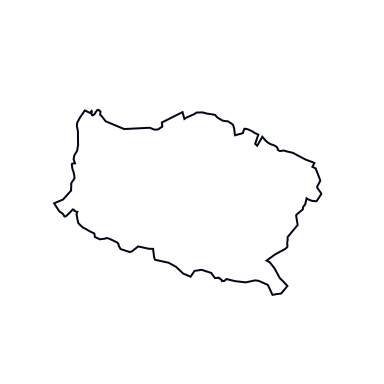 outline of Biriniwa, Jigawa, Nigeria, rotated 42°
{"feature_id": "59680162B74336355497846", "entity_name": "Biriniwa", "entity_type": "district", "adm_level": 2, "iso_a3": "NGA", "parent_name": "Nigeria", "parent_adm1": "Jigawa", "projection": "natural_earth1", "projection_center": [10.065, 12.817], "detail": "fine", "context": "isolated", "style": "outline", "palette": "ink", "viewbox_px": 384, "rotation_deg": 42, "n_neighbors": 0, "source": "geoboundaries", "source_scale": "gbopen_adm2", "svg_char_len": 3554}
<svg xmlns="http://www.w3.org/2000/svg" viewBox="0 0 384 384"><g transform="rotate(42 192 192)"><path d="M57.8,203.1L58.9,211.4L60.3,217.3L62.4,220.1L66.5,223.1L71.7,228.8L76.0,233.4L79.1,238.4L80.0,243.4L82.1,246.9L85.9,249.0L84.0,251.0L84.3,252.1L87.5,254.7L90.7,256.5L93.4,258.5L95.5,260.4L96.4,266.2L101.2,271.9L101.2,281.2L101.2,283.9L99.6,287.3L97.1,292.7L106.5,295.2L107.8,295.0L109.0,294.8L111.5,294.7L112.9,295.4L113.8,295.4L114.5,294.4L114.7,292.9L115.0,289.2L115.0,284.8L116.1,284.3L117.1,284.7L118.6,284.3L119.5,283.9L120.1,283.5L120.3,284.0L121.0,285.7L125.1,288.9L127.1,290.3L128.1,291.1L131.1,291.4L134.9,291.4L137.9,290.5L142.0,289.7L147.2,288.2L149.9,290.4L155.2,288.8L158.7,284.7L159.3,283.3L159.4,283.2L162.5,281.8L170.5,279.5L172.6,280.1L173.6,281.0L177.1,282.2L185.9,278.3L187.1,276.3L188.4,268.5L198.0,263.0L201.1,260.3L207.6,265.9L209.9,267.1L221.8,260.3L230.1,258.3L240.0,258.5L247.6,255.9L246.7,248.9L251.2,243.4L260.4,239.3L266.6,240.6L269.4,237.7L269.7,237.9L269.9,238.0L270.3,237.9L270.6,237.7L271.1,237.7L271.7,237.5L273.0,237.7L273.9,238.1L274.0,237.9L274.1,237.5L274.3,237.5L274.7,237.4L275.3,236.8L275.6,236.4L275.8,233.7L280.0,231.4L283.7,229.4L292.4,223.2L297.9,215.6L300.8,213.5L310.5,210.3L320.7,214.6L321.4,213.6L323.4,211.0L324.6,209.7L326.2,207.7L325.8,198.0L319.5,197.4L315.4,197.3L314.7,197.2L308.9,195.1L304.3,193.5L296.8,192.2L293.3,193.0L295.6,182.5L299.3,172.1L299.7,169.2L298.7,167.9L296.9,166.3L295.2,163.7L293.2,161.6L292.6,145.8L285.2,139.9L285.0,139.5L285.0,139.4L285.0,139.2L284.9,139.1L284.8,138.8L284.9,138.2L286.0,130.7L285.0,129.5L284.5,128.4L284.5,127.0L284.3,125.3L281.4,120.0L283.1,119.8L286.0,118.7L287.4,118.2L288.3,117.2L290.1,116.2L290.7,115.1L289.7,108.7L289.5,107.2L289.3,106.8L288.2,106.4L282.1,105.0L281.3,104.1L280.7,101.3L279.8,97.7L278.1,96.8L271.7,93.5L270.8,93.1L270.2,92.8L269.4,92.4L268.9,92.1L268.6,92.0L268.4,91.8L268.3,91.7L264.6,92.7L264.2,91.0L263.6,88.6L262.0,89.0L256.5,91.2L254.0,92.1L251.9,92.6L246.6,94.0L244.6,94.5L241.3,95.2L239.2,96.2L238.7,96.5L236.4,97.8L236.1,98.0L232.4,99.8L229.9,102.8L227.6,103.3L226.8,102.6L225.8,102.0L225.7,102.0L225.5,101.9L225.4,101.9L225.2,101.9L224.2,101.9L221.5,102.5L220.1,103.1L219.9,103.2L219.8,103.3L218.2,103.9L215.9,104.4L214.8,104.5L214.5,104.5L212.1,104.5L207.3,103.9L209.5,114.0L206.7,113.9L202.9,105.0L200.0,105.9L199.4,106.1L198.1,106.4L196.4,106.5L194.9,107.0L194.0,107.3L192.9,107.6L191.7,108.0L191.0,108.3L190.5,108.6L190.3,108.7L189.8,109.0L188.8,109.8L188.7,109.9L188.6,110.0L190.4,114.3L186.0,121.1L180.6,116.4L177.5,114.6L176.1,114.7L172.3,115.3L171.7,115.3L169.7,116.7L167.5,118.2L165.8,118.8L164.2,119.0L161.7,119.6L160.0,119.6L157.7,119.2L154.9,120.9L152.2,122.7L151.3,123.3L150.4,123.9L149.1,124.5L147.1,125.5L145.3,126.9L144.8,127.5L144.0,128.3L143.9,128.4L143.8,128.5L143.7,128.6L142.7,129.4L142.3,129.8L142.1,130.5L141.7,131.9L141.7,132.2L141.6,132.3L141.6,132.5L141.0,133.9L140.3,135.3L140.1,135.8L140.1,136.0L140.0,136.3L139.9,136.4L139.1,138.2L138.3,139.8L137.5,142.8L131.5,139.0L123.1,160.5L126.2,163.3L125.6,165.2L125.1,167.9L122.8,170.5L120.6,171.5L118.1,172.3L116.6,173.5L99.5,190.6L80.6,197.2L75.4,196.3L73.5,196.0L72.2,196.1L71.7,195.6L71.3,195.1L70.9,194.4L70.2,193.5L69.8,193.4L69.0,193.6L68.1,193.5L67.5,193.6L67.2,193.9L66.8,194.5L66.8,195.1L67.0,195.9L67.0,196.9L67.1,197.7L67.4,198.9L67.3,200.3L67.2,200.6L66.9,201.6L66.4,201.8L65.4,201.3L65.0,201.1L64.8,200.9L64.5,200.5L64.2,200.1L64.0,199.6L63.7,199.2L63.2,199.0L63.3,201.5L57.8,203.1Z" fill="none" stroke="#020617" stroke-width="2"/></g></svg>